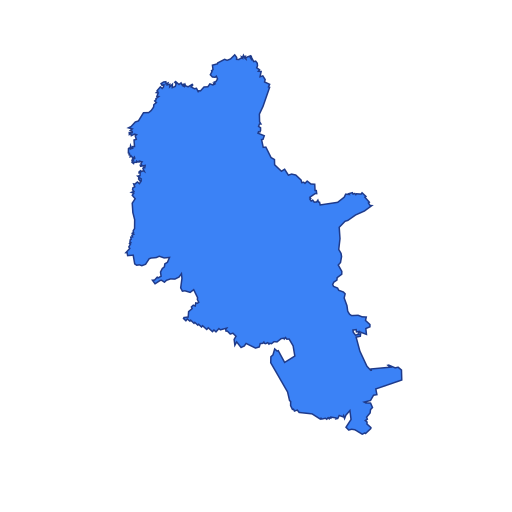 outline of Martínez de la Torre, Veracruz, Mexico, rotated 345°
{"feature_id": "50627088B13774862826934", "entity_name": "Martínez de la Torre", "entity_type": "district", "adm_level": 2, "iso_a3": "MEX", "parent_name": "Mexico", "parent_adm1": "Veracruz", "projection": "mercator", "projection_center": [-97.059, 20.12], "detail": "fine", "context": "isolated", "style": "filled", "palette": "blue", "viewbox_px": 512, "rotation_deg": 345, "n_neighbors": 0, "source": "geoboundaries", "source_scale": "gbopen_adm2", "svg_char_len": 6057}
<svg xmlns="http://www.w3.org/2000/svg" viewBox="0 0 512 512"><g transform="rotate(345 256 256)"><path d="M149.7,252.6L151.3,256.7L157.1,254.8L158.5,255.0L160.8,257.6L163.2,256.3L167.5,256.0L171.7,257.3L176.2,256.4L179.4,253.8L178.7,258.4L175.0,267.3L175.8,270.9L178.3,271.2L183.0,274.1L187.1,272.4L188.8,281.1L188.1,282.8L188.7,285.9L187.1,286.5L185.7,285.7L184.3,288.6L182.7,287.3L180.4,288.5L180.7,290.3L176.5,292.3L174.7,297.4L170.5,296.8L169.8,297.6L171.5,300.4L173.3,299.0L175.3,301.8L176.3,301.1L178.7,305.0L179.7,304.3L181.9,307.7L182.9,307.1L185.0,310.5L186.3,309.5L189.4,314.2L191.3,313.0L194.4,317.8L196.2,316.6L197.7,318.9L201.4,316.5L202.5,318.1L209.0,318.1L207.7,319.2L207.6,320.8L208.9,321.1L210.9,324.7L213.7,324.6L215.9,328.3L213.3,330.9L212.5,336.7L215.1,334.0L217.9,340.5L221.4,339.9L223.8,337.9L231.7,344.8L235.6,344.7L237.4,341.7L239.8,342.1L241.3,341.2L241.5,342.5L242.6,343.2L244.9,342.7L245.7,344.5L246.7,343.9L248.3,344.7L251.2,343.4L254.1,344.4L258.9,342.3L261.6,342.6L261.8,343.5L263.4,342.4L264.2,344.3L266.5,344.8L268.6,352.4L267.6,362.7L256.1,366.2L253.0,353.2L251.8,353.3L250.0,350.6L246.8,355.9L244.3,357.2L242.6,362.9L251.3,395.5L251.0,404.3L251.8,405.5L250.7,409.5L251.5,413.6L252.6,413.7L253.0,415.7L256.0,415.5L257.2,418.3L269.3,423.0L275.9,430.2L276.8,429.5L277.2,430.5L281.0,430.7L282.1,432.0L283.5,431.0L284.5,432.1L284.8,431.1L286.3,432.0L286.6,431.0L290.9,432.9L291.8,433.5L291.3,434.0L292.9,434.1L295.1,431.6L298.5,433.9L299.3,432.9L299.5,435.9L301.5,433.1L306.7,429.6L305.5,438.5L298.6,444.7L300.5,448.1L303.5,448.1L306.5,449.4L312.5,455.6L315.2,455.1L315.9,455.8L322.2,452.4L322.6,451.5L319.7,447.0L320.3,445.1L319.0,443.2L321.3,442.5L321.1,440.3L325.6,437.1L326.9,434.0L329.3,432.5L328.6,427.7L324.1,426.4L322.7,425.1L329.2,425.2L333.5,420.9L336.9,421.2L337.3,415.4L364.7,413.5L367.0,403.8L364.5,400.2L361.5,400.1L355.9,395.7L355.2,395.7L357.1,398.2L337.9,394.9L337.8,396.2L337.2,396.1L334.6,391.2L331.7,374.8L331.7,360.3L336.0,360.5L336.9,358.2L331.6,358.2L330.2,354.8L330.5,352.6L333.7,353.0L333.4,355.3L336.0,355.6L335.3,356.6L337.0,356.4L342.4,360.3L343.3,354.5L347.7,353.9L348.3,351.7L345.1,346.6L346.7,343.5L342.7,342.2L339.3,339.7L332.9,338.3L331.3,336.5L330.3,333.1L331.0,327.5L330.3,319.4L332.3,315.6L331.1,313.4L327.0,310.5L326.5,308.1L323.0,305.4L322.7,303.3L324.4,301.4L327.9,300.2L328.8,297.9L334.1,295.8L334.9,293.1L333.1,286.0L335.9,284.2L338.5,278.7L338.8,275.5L337.6,271.1L341.6,261.0L343.8,249.8L351.0,245.5L353.9,245.4L362.9,242.1L372.4,240.6L380.8,237.3L379.3,236.8L378.3,233.9L379.4,233.4L376.4,227.4L377.6,226.9L374.8,222.4L373.5,223.4L369.1,221.9L368.3,222.6L367.6,221.2L365.8,221.3L365.5,219.8L361.7,219.8L362.0,220.7L358.6,219.5L356.5,222.0L348.8,225.3L331.2,223.3L331.3,220.5L330.3,220.1L330.2,218.1L328.5,219.5L326.2,219.1L325.2,216.7L323.5,217.2L322.7,214.9L323.7,214.6L323.2,213.2L329.3,211.0L330.8,211.4L331.2,208.4L330.0,208.0L331.3,201.9L327.7,200.7L324.8,196.9L322.1,198.5L321.1,197.1L319.2,197.0L319.2,194.3L315.4,188.1L311.6,186.1L308.2,186.3L306.1,179.6L302.5,180.7L297.6,172.7L298.8,167.6L296.0,164.8L293.7,153.4L291.1,152.9L291.5,145.0L293.0,145.1L295.1,142.0L289.7,137.9L290.6,136.6L291.9,137.2L292.9,135.9L293.6,133.3L292.0,131.5L293.5,129.4L294.9,129.7L294.2,127.3L296.0,119.8L301.5,113.3L312.8,96.6L311.8,95.9L313.6,93.7L309.3,90.1L310.5,87.9L309.2,83.8L306.3,83.9L308.7,79.1L306.1,78.2L307.6,77.0L305.4,74.4L306.7,72.6L307.1,70.1L306.1,67.7L304.1,67.6L303.0,62.9L302.4,64.5L301.8,62.8L303.1,61.9L302.7,61.2L297.4,61.7L297.3,63.2L296.1,61.5L297.1,60.4L296.1,60.4L295.8,58.9L294.6,60.6L293.7,59.9L294.1,61.7L292.7,61.0L290.3,61.8L288.1,61.0L288.7,59.1L287.5,56.2L282.4,59.1L278.7,59.5L276.6,57.9L268.9,59.6L268.5,60.4L263.3,60.4L262.7,64.8L261.0,65.6L261.2,66.5L258.8,69.1L260.2,71.8L262.8,72.8L264.2,72.0L264.7,75.0L262.4,77.2L260.8,77.2L261.0,78.8L259.8,78.2L260.0,79.4L258.6,79.6L256.0,77.8L253.3,80.1L249.5,79.3L245.2,82.1L243.0,81.5L242.8,83.0L241.9,78.6L239.8,78.5L237.1,75.9L239.1,74.5L238.8,73.7L234.2,75.0L232.0,73.4L231.8,71.6L230.6,72.6L231.4,72.8L230.7,73.9L229.2,72.5L230.1,71.3L228.6,71.1L228.4,69.4L226.0,70.4L223.5,66.7L222.5,67.2L223.4,69.0L221.9,71.3L218.7,71.7L219.7,68.5L216.4,70.3L217.3,67.8L214.6,67.7L215.7,66.1L213.7,66.4L214.0,64.3L211.7,64.0L208.9,64.9L209.4,66.8L211.3,66.8L210.3,68.9L208.7,69.9L207.4,67.9L203.3,70.7L203.6,71.7L202.1,72.4L203.8,73.2L201.6,76.1L203.2,76.8L200.1,78.1L199.9,79.2L198.3,80.0L199.5,82.0L196.5,83.4L195.6,85.7L192.5,88.3L189.5,89.7L184.4,88.5L177.4,95.1L174.1,95.3L168.9,98.6L166.0,99.2L169.4,101.2L167.0,102.3L168.7,103.6L168.4,104.9L165.5,104.0L165.1,105.8L166.7,105.2L166.7,107.5L170.2,106.8L172.0,107.9L170.4,108.7L170.6,112.3L168.2,112.4L167.0,118.8L165.2,118.4L164.9,120.0L163.8,120.1L163.4,117.0L162.2,119.9L161.4,118.9L160.6,119.3L159.4,123.4L160.3,124.1L159.6,125.4L161.0,126.4L160.1,127.6L161.6,127.7L162.8,129.9L164.1,128.9L164.2,130.1L161.8,130.3L161.0,131.6L162.3,131.8L160.5,133.4L161.7,135.0L162.4,133.9L164.8,134.6L165.3,133.5L166.2,134.6L167.6,134.9L167.9,134.1L170.3,135.6L168.9,136.6L169.1,138.3L167.7,138.3L167.8,139.5L172.4,139.8L171.3,142.0L170.3,141.3L169.4,142.2L170.0,145.3L169.3,144.5L166.8,144.8L166.7,143.7L165.0,144.3L164.5,145.4L165.7,145.6L164.8,148.4L162.4,148.2L164.2,150.8L162.9,150.3L162.5,151.3L163.5,153.7L164.8,152.7L164.6,153.8L162.1,155.9L160.6,153.8L157.6,155.2L156.5,154.7L156.8,157.8L154.7,158.3L153.9,160.1L154.8,162.0L152.2,162.3L154.2,163.7L152.2,165.3L154.1,169.4L150.1,173.0L148.3,182.2L148.2,189.5L145.8,198.1L144.0,199.7L143.6,201.3L144.4,201.4L142.4,202.0L143.6,203.3L141.5,203.9L141.7,205.6L139.9,205.4L139.7,207.6L138.7,207.8L137.8,210.0L138.5,210.5L137.1,211.3L137.9,212.0L135.5,214.3L136.1,216.0L131.2,219.1L132.4,219.5L132.1,222.4L137.6,223.4L136.8,232.2L138.3,234.0L141.2,234.4L143.2,235.8L147.2,235.4L152.1,231.0L154.1,230.8L159.2,231.7L162.5,231.2L166.8,234.1L172.1,235.0L168.8,239.2L165.9,240.0L164.7,242.8L162.3,243.8L159.6,246.8L159.1,251.0L155.7,251.8L155.1,250.9L151.8,253.0L149.7,252.6Z" fill="#3b82f6" stroke="#1e3a8a" stroke-width="1.5"/></g></svg>